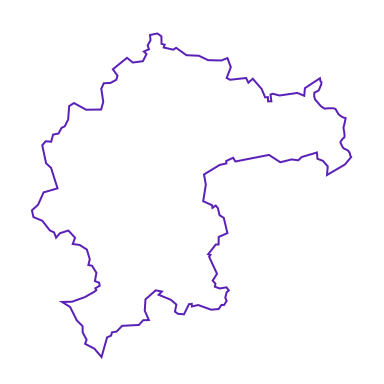 Kumanovo, Staro Nagoričane, North Macedonia (Equal Earth projection), rotated 87°
{"feature_id": "65306769B55307449205038", "entity_name": "Kumanovo", "entity_type": "district", "adm_level": 2, "iso_a3": "MKD", "parent_name": "North Macedonia", "parent_adm1": "Staro Nagoričane", "projection": "equal_earth", "projection_center": [21.797, 42.114], "detail": "fine", "context": "isolated", "style": "outline", "palette": "violet", "viewbox_px": 384, "rotation_deg": 87, "n_neighbors": 0, "source": "geoboundaries", "source_scale": "gbopen_adm2", "svg_char_len": 2490}
<svg xmlns="http://www.w3.org/2000/svg" viewBox="0 0 384 384"><g transform="rotate(87 192 192)"><path d="M352.1,291.0L332.7,284.4L331.2,280.3L328.0,279.3L327.4,274.6L322.0,268.8L322.0,252.0L317.5,247.5L317.6,241.8L308.0,245.4L296.8,244.1L288.3,233.4L289.8,227.3L292.9,230.7L298.5,218.8L303.6,213.5L310.6,215.3L313.0,212.2L313.7,206.4L303.9,200.9L303.7,198.1L306.3,198.1L305.2,191.7L310.5,179.1L310.3,171.5L306.3,168.5L306.6,166.0L302.6,163.1L299.2,164.3L293.9,162.6L292.3,160.4L289.0,162.6L289.8,169.3L287.8,174.1L284.7,173.4L281.6,176.0L275.0,171.3L257.6,178.3L255.8,176.9L255.0,179.1L245.7,171.0L245.8,168.2L238.3,167.7L234.9,158.8L219.5,161.6L216.6,165.7L209.5,167.0L206.8,169.0L208.9,172.4L206.3,172.6L201.8,181.3L185.4,177.8L175.1,179.1L166.4,162.9L165.3,156.2L162.8,156.2L160.0,149.1L163.8,147.1L159.0,113.2L166.9,102.3L164.7,90.8L165.9,84.2L162.8,80.6L159.1,65.2L165.4,65.0L167.7,59.7L173.5,55.1L182.1,56.3L172.5,37.8L165.4,31.2L163.8,32.1L161.7,32.3L159.0,33.8L158.1,35.1L156.7,37.7L155.7,38.9L153.5,39.9L150.4,41.2L149.2,40.8L147.9,39.7L146.4,38.5L145.9,37.5L145.0,36.9L144.0,36.7L140.5,36.8L139.9,36.9L135.8,37.4L130.2,35.7L126.3,34.7L125.1,37.9L122.1,41.6L116.5,44.4L115.8,46.5L115.5,51.3L115.7,55.1L114.1,57.5L113.0,58.8L111.9,59.7L105.9,64.3L102.7,65.0L99.2,64.6L97.3,60.3L95.1,59.1L91.0,57.2L89.0,57.0L88.1,57.9L85.1,58.3L94.2,73.8L101.8,74.9L98.6,81.6L100.2,99.5L98.1,106.3L98.8,108.5L105.6,108.0L105.4,111.3L101.3,111.2L101.3,114.0L92.7,117.1L82.1,125.4L85.8,130.0L81.0,132.0L81.9,148.2L79.9,151.4L69.4,146.7L60.1,149.6L62.2,155.7L61.2,169.0L56.3,178.0L55.1,190.4L47.2,200.3L48.9,203.3L46.2,212.7L43.5,211.6L42.4,214.7L34.9,214.4L31.9,218.3L33.0,225.7L38.3,225.5L43.4,228.6L47.2,227.5L49.2,232.7L51.9,230.2L58.8,234.2L59.6,244.3L54.6,249.9L65.3,264.6L72.0,260.3L75.9,261.7L78.8,267.6L78.8,274.4L84.2,277.2L97.3,275.9L104.9,278.4L104.3,293.4L97.0,305.2L99.8,310.2L113.3,311.9L119.8,315.7L121.1,318.9L126.6,322.2L127.4,327.7L134.4,330.0L133.7,335.4L137.5,339.1L155.7,336.2L160.5,331.5L181.3,326.1L184.6,340.2L196.7,346.4L201.9,352.8L208.7,351.7L212.9,343.0L222.9,336.0L225.1,331.9L230.5,330.1L226.3,326.1L224.0,317.5L231.5,311.2L237.7,313.8L239.0,307.0L244.0,300.0L253.9,297.6L259.5,299.3L260.4,295.7L267.7,291.7L275.9,293.6L277.7,289.5L280.8,289.1L283.1,293.6L285.0,292.7L286.6,294.9L291.4,304.6L295.3,317.6L295.0,327.5L300.5,319.7L314.3,313.7L320.2,308.3L326.6,308.5L334.0,305.0L338.0,306.7L343.4,297.6L352.1,291.0Z" fill="none" stroke="#5b21b6" stroke-width="2"/></g></svg>